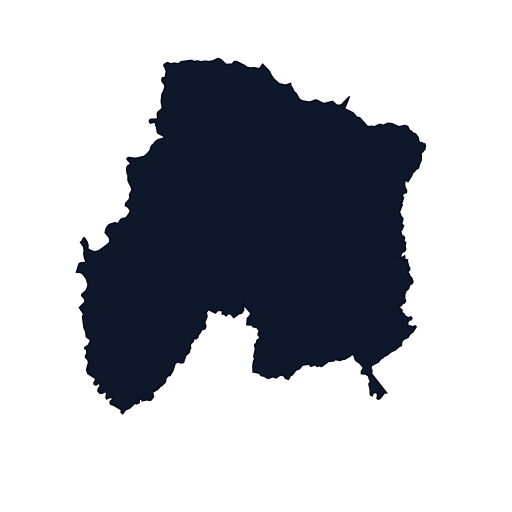 outline of Nova Monte Verde, Mato Grosso, Brazil, rotated 195°
{"feature_id": "56859067B49038615674906", "entity_name": "Nova Monte Verde", "entity_type": "district", "adm_level": 2, "iso_a3": "BRA", "parent_name": "Brazil", "parent_adm1": "Mato Grosso", "projection": "natural_earth1", "projection_center": [-57.251, -9.927], "detail": "fine", "context": "isolated", "style": "filled", "palette": "ink", "viewbox_px": 512, "rotation_deg": 195, "n_neighbors": 0, "source": "geoboundaries", "source_scale": "gbopen_adm2", "svg_char_len": 6096}
<svg xmlns="http://www.w3.org/2000/svg" viewBox="0 0 512 512"><g transform="rotate(195 256 256)"><path d="M389.5,264.0L391.6,258.9L394.7,257.7L396.0,256.4L397.6,252.1L398.9,251.1L400.6,251.8L405.8,248.5L406.8,246.9L407.8,243.8L407.8,239.7L402.1,235.5L400.9,232.5L401.2,230.8L402.4,228.8L409.1,220.4L412.6,218.4L414.9,218.2L419.6,219.0L420.7,220.4L420.9,222.7L423.1,226.1L426.4,229.1L427.4,228.5L427.9,225.4L429.0,223.8L424.9,220.4L423.1,216.3L423.1,214.3L422.5,212.6L420.7,209.0L419.3,207.8L419.0,206.4L419.9,205.2L424.0,203.8L424.9,202.5L425.2,193.9L421.8,194.7L418.9,194.1L414.1,190.3L410.7,184.9L410.7,181.3L411.4,178.1L414.3,174.0L414.1,172.6L410.3,170.1L409.4,168.1L409.8,166.4L413.2,160.4L407.5,155.5L407.8,152.4L403.5,142.0L401.1,139.2L398.9,134.0L394.7,132.4L393.9,131.4L394.9,126.4L397.6,123.5L397.3,122.1L395.5,122.0L394.1,118.3L394.8,115.3L394.0,113.5L392.1,112.8L390.2,110.2L390.2,102.4L388.1,99.0L379.5,96.2L378.9,94.7L379.7,91.5L379.0,90.2L377.2,89.9L375.1,92.3L373.9,91.8L372.8,90.3L374.0,86.8L373.8,84.7L371.7,83.2L369.4,83.4L366.8,85.8L365.4,85.9L364.7,84.0L364.2,80.3L363.3,79.3L360.7,81.5L359.0,82.0L357.9,81.4L357.5,79.7L359.0,78.3L359.1,76.9L358.0,75.2L354.7,75.0L346.6,72.7L345.9,71.7L345.9,70.1L344.0,69.1L342.1,73.8L338.8,76.2L334.8,82.7L333.2,82.2L330.8,84.2L331.5,85.5L331.5,87.2L330.3,87.8L330.1,89.2L328.6,88.5L328.6,86.7L324.0,88.9L321.4,89.0L320.1,89.8L318.6,93.5L320.3,97.0L320.4,98.9L318.9,99.0L318.2,100.4L316.8,101.2L314.6,105.4L313.3,106.7L311.0,110.7L311.3,114.8L309.5,118.0L308.1,118.3L306.6,123.8L306.3,131.2L304.2,133.6L301.0,133.2L298.5,134.4L298.1,141.6L295.5,145.8L295.8,148.3L295.3,150.2L296.7,153.3L294.5,157.6L294.8,159.5L293.9,160.5L292.5,160.4L291.2,162.5L291.4,164.6L290.1,167.3L289.5,170.4L286.4,172.7L286.2,175.2L288.4,178.6L287.6,185.0L289.5,188.3L288.2,192.0L280.4,190.4L279.2,193.3L274.7,194.7L273.4,191.1L272.1,191.8L269.4,190.5L268.6,192.3L267.0,193.3L265.3,193.5L261.5,190.8L257.8,195.6L255.0,197.2L253.9,200.7L255.8,205.9L245.8,199.2L247.2,194.9L248.2,193.8L247.0,187.2L242.0,188.3L240.7,187.0L236.3,187.0L233.8,184.9L233.3,183.2L233.9,181.6L233.3,180.1L231.0,178.7L231.5,176.8L232.9,175.4L233.3,173.9L232.9,172.1L234.2,170.3L233.9,168.4L232.8,167.2L232.4,165.0L232.1,158.2L231.0,157.2L230.7,155.5L231.1,153.7L230.5,148.7L228.7,143.2L222.2,143.8L220.9,142.3L218.7,141.8L216.6,142.2L215.2,141.3L212.4,141.0L208.3,143.9L205.3,143.3L201.7,147.3L198.7,147.5L197.2,147.1L196.3,145.6L192.8,145.2L192.1,147.2L192.1,149.0L190.5,150.3L188.6,154.1L188.5,155.7L184.8,158.3L183.2,162.4L176.9,165.3L174.3,163.7L171.1,166.0L169.9,166.2L168.5,165.1L166.6,166.4L164.1,166.2L158.7,173.0L153.7,174.8L152.8,176.5L147.3,176.9L146.1,178.5L143.8,179.1L139.1,183.7L137.7,186.4L135.0,184.6L133.5,181.8L132.4,180.8L128.5,179.5L123.9,176.5L123.4,174.9L124.3,171.9L123.8,169.7L119.2,170.3L116.0,169.1L114.9,166.7L113.6,165.6L113.0,163.9L113.8,161.6L111.2,156.6L109.8,152.0L108.8,151.0L107.5,151.2L107.6,152.7L106.9,154.4L105.2,155.1L103.6,154.9L102.6,153.5L102.2,149.7L100.7,149.3L99.3,150.5L96.5,156.9L94.5,157.6L114.3,172.5L114.1,174.8L116.0,177.5L116.3,179.9L110.5,185.1L108.8,189.0L107.1,190.5L106.6,191.8L104.0,194.0L100.4,198.8L97.4,201.1L94.1,205.8L92.4,207.2L93.1,210.5L92.7,212.0L91.6,213.9L88.1,216.7L87.1,220.5L84.7,223.4L83.0,229.0L84.0,229.7L87.1,227.8L88.5,228.5L91.2,227.8L92.4,231.3L91.2,233.9L89.5,234.7L89.3,236.3L90.8,237.3L92.9,235.5L97.2,237.0L98.1,238.5L100.7,238.9L100.8,241.4L104.0,243.2L104.5,245.2L103.0,245.6L101.8,248.4L100.4,249.2L100.0,250.7L100.2,252.1L101.3,252.9L102.4,257.3L102.2,261.0L100.2,264.0L100.1,267.9L97.9,270.0L97.8,271.9L100.0,275.1L102.5,276.5L103.0,277.8L104.5,279.0L105.4,280.5L104.2,281.8L104.3,283.9L105.7,285.1L108.6,290.2L108.7,291.5L111.8,290.7L111.8,292.9L112.5,294.5L113.4,293.3L116.2,291.5L116.3,295.8L115.6,297.5L113.6,299.3L113.2,301.3L114.6,304.1L114.9,307.7L117.0,308.8L117.4,310.1L117.0,311.5L118.0,313.0L120.7,313.8L122.7,317.4L121.8,319.1L121.3,323.5L122.7,324.1L123.8,325.3L123.6,328.9L124.1,330.7L125.8,331.4L128.9,335.8L128.0,343.4L129.5,344.1L128.8,345.8L128.6,350.5L130.2,351.7L130.3,353.7L128.9,355.3L127.2,356.1L127.4,357.8L128.2,359.3L129.5,360.2L131.2,363.9L131.6,366.9L130.8,367.9L128.5,367.1L126.4,374.0L126.1,377.4L125.0,378.4L123.9,381.1L122.2,382.5L121.8,384.4L122.0,387.2L121.2,391.1L122.3,395.7L123.3,397.4L120.6,402.7L121.0,406.6L122.0,408.0L123.5,407.7L124.9,408.5L126.4,407.7L127.8,408.5L129.0,409.9L130.0,412.4L132.5,414.5L134.3,415.4L136.3,415.3L138.3,416.9L139.7,416.5L143.0,420.3L145.8,420.7L151.4,417.8L159.1,419.0L163.2,418.3L166.6,415.3L170.7,415.2L175.1,411.4L178.1,411.3L180.0,410.2L182.0,410.1L191.6,416.3L194.7,416.1L199.3,419.4L208.6,421.2L207.0,434.3L212.4,424.5L214.1,423.2L217.1,422.6L222.2,425.1L229.4,421.0L231.3,420.9L237.5,422.3L239.0,422.0L244.0,418.5L251.6,417.8L255.0,418.9L259.1,423.2L262.4,424.9L263.7,427.0L266.3,429.3L267.3,431.6L271.8,428.6L278.3,428.4L284.5,431.5L288.1,434.5L290.9,437.9L299.2,442.9L300.6,438.9L301.4,437.7L306.2,437.4L309.9,436.2L313.5,435.9L316.5,437.1L325.0,438.8L326.8,438.4L327.8,437.4L328.5,435.2L334.5,433.3L341.3,436.8L344.1,436.8L348.1,433.3L351.7,431.6L355.7,431.0L359.1,429.4L363.2,429.2L366.5,427.6L368.4,428.3L370.1,427.8L378.7,424.2L379.8,422.4L381.3,421.4L384.7,421.2L388.2,419.5L391.7,419.9L394.2,417.4L394.3,416.0L392.8,414.7L390.3,411.0L390.2,407.1L389.2,405.4L392.4,404.0L392.6,402.3L392.1,400.6L388.3,397.5L387.7,395.3L387.9,390.9L388.7,388.2L388.3,385.8L387.5,380.6L384.8,375.0L385.4,373.1L387.9,369.7L388.2,368.1L386.8,364.0L387.3,362.4L392.7,361.0L393.9,360.0L393.7,358.0L392.4,357.0L388.8,359.0L387.3,358.7L387.0,356.8L385.5,355.1L383.5,350.4L382.5,349.3L376.4,347.9L375.5,347.2L375.8,345.8L380.6,343.1L382.8,340.5L383.9,337.5L385.3,335.7L385.8,333.4L385.5,331.0L387.5,326.5L389.9,323.2L397.5,319.2L404.9,318.1L405.8,316.2L401.3,313.3L401.1,311.7L403.0,310.2L403.6,308.7L403.4,306.4L401.8,302.5L400.6,301.1L399.1,295.7L393.5,289.3L393.0,287.1L394.0,282.8L392.9,279.7L393.3,277.2L395.1,274.1L395.5,272.5L395.1,270.8L392.2,270.1L389.0,267.4L389.5,264.0Z" fill="#0f172a" stroke="#020617" stroke-width="1.5"/></g></svg>